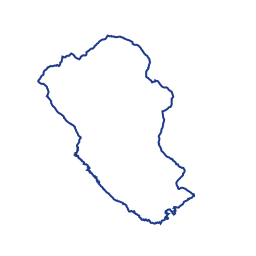 the district of Nucsoara, Arges, Romania, rotated 323°
{"feature_id": "2599482B94508358599951", "entity_name": "Nucsoara", "entity_type": "district", "adm_level": 2, "iso_a3": "ROU", "parent_name": "Romania", "parent_adm1": "Arges", "projection": "albers", "projection_center": [24.784, 45.463], "detail": "fine", "context": "isolated", "style": "outline", "palette": "blue", "viewbox_px": 256, "rotation_deg": 323, "n_neighbors": 0, "source": "geoboundaries", "source_scale": "gbopen_adm2", "svg_char_len": 5762}
<svg xmlns="http://www.w3.org/2000/svg" viewBox="0 0 256 256"><g transform="rotate(323 128 128)"><path d="M140.2,221.5L140.6,220.3L140.0,219.8L139.5,218.9L139.4,217.6L138.2,214.3L137.7,213.5L137.5,211.7L135.9,208.9L134.3,207.6L132.5,207.6L131.8,207.2L131.7,206.2L132.4,205.2L132.4,203.2L133.6,200.8L136.3,199.8L143.6,198.8L144.3,197.6L146.2,197.3L147.8,196.0L148.2,193.2L147.9,192.8L146.9,192.2L146.7,191.1L145.9,190.3L145.6,188.7L146.0,187.1L144.7,186.1L144.7,185.8L145.1,185.2L145.2,184.3L145.0,183.9L145.0,182.7L144.4,181.2L144.7,180.1L144.6,179.4L144.2,179.5L143.6,178.2L143.2,176.4L142.4,175.3L141.6,173.6L141.5,168.8L141.0,166.8L141.1,165.8L141.6,165.2L142.1,163.6L142.4,162.4L142.4,160.9L142.8,159.7L143.3,159.5L143.6,158.6L143.5,158.1L146.0,156.2L147.0,154.9L147.2,153.8L147.6,153.1L148.9,152.4L149.9,152.2L151.7,151.3L152.5,150.8L153.9,149.2L155.7,148.6L159.3,145.2L160.9,144.2L162.1,142.9L162.3,141.2L165.5,135.4L168.2,136.3L170.7,136.5L173.3,136.1L174.6,136.8L176.8,135.7L177.3,135.2L179.1,132.6L179.8,132.2L180.3,131.0L182.9,130.3L184.0,127.5L184.7,125.2L184.1,124.0L183.5,121.7L183.7,120.3L183.2,118.7L182.2,118.2L181.2,117.4L180.1,115.6L179.9,112.8L180.1,109.1L179.7,108.0L178.4,106.9L178.3,106.5L177.6,107.2L175.5,106.1L174.8,106.2L174.6,106.0L174.9,105.1L174.9,103.7L174.7,102.8L174.3,102.1L174.3,100.8L174.0,100.2L174.0,99.6L173.3,98.6L174.0,97.1L176.5,93.9L177.2,93.7L177.8,93.2L178.5,93.3L179.9,92.9L180.3,92.0L181.3,91.8L182.4,90.5L185.3,88.7L185.6,87.3L186.4,86.4L186.4,85.7L186.6,85.1L186.6,84.3L186.4,84.0L186.8,82.1L186.0,80.2L186.0,78.9L185.8,78.1L186.0,76.8L185.9,75.6L186.2,75.2L186.0,74.1L186.3,71.3L186.1,70.4L186.1,69.1L185.3,67.1L183.0,65.2L182.4,63.5L183.3,61.9L181.5,58.2L181.1,58.0L178.9,54.4L178.6,53.7L178.7,53.2L177.0,51.1L177.0,50.6L175.9,49.7L174.4,49.1L173.1,48.1L172.4,47.8L172.0,46.6L170.3,45.4L170.1,44.6L169.6,44.6L168.6,43.7L167.4,42.0L164.0,43.3L162.5,43.0L161.0,42.1L159.7,41.7L158.1,41.8L157.1,41.6L155.1,42.3L153.9,42.0L152.5,42.5L150.8,42.4L150.1,43.0L147.6,43.4L146.2,42.4L142.6,42.7L140.7,42.3L140.4,42.5L139.7,43.6L138.8,44.4L138.2,44.6L137.2,44.1L135.8,42.9L133.3,42.7L132.1,43.5L130.4,43.8L128.9,41.1L128.4,39.2L128.7,38.3L128.4,37.6L128.6,36.7L127.4,34.3L124.3,34.9L123.2,33.9L121.9,33.5L121.0,33.9L120.1,33.6L118.6,31.5L117.9,32.1L117.6,32.9L116.7,33.3L115.0,35.0L113.2,35.0L113.0,35.5L112.0,36.4L110.5,37.0L109.9,36.8L109.7,35.2L108.8,34.9L108.1,35.1L107.2,34.0L105.4,33.5L103.9,32.5L103.4,31.8L102.0,31.9L101.1,31.3L100.1,31.3L99.6,31.9L98.8,31.8L98.1,32.1L96.3,31.9L94.7,32.3L93.6,33.3L93.4,33.8L92.4,34.6L90.5,34.3L87.0,35.8L86.4,35.8L84.5,36.5L84.4,38.0L85.3,40.4L86.2,41.3L87.2,41.9L88.0,46.4L87.4,47.4L87.4,48.5L87.0,49.1L86.4,51.3L84.8,52.5L82.4,53.8L82.8,54.5L82.5,54.7L82.6,55.0L82.5,55.7L82.7,56.2L82.6,56.6L82.8,57.8L82.6,60.2L82.7,60.4L81.7,61.6L81.1,65.2L81.3,65.4L81.3,66.0L81.7,67.1L81.6,67.4L81.7,68.3L81.5,69.4L81.6,69.8L81.4,70.8L81.4,72.7L81.9,74.9L82.4,75.5L83.6,79.7L83.3,81.1L82.9,81.5L83.3,82.9L83.0,84.5L83.7,87.5L84.6,90.1L85.0,90.4L85.0,91.2L85.8,92.6L86.0,93.4L85.9,94.3L86.2,94.9L86.2,95.4L85.8,95.7L85.3,97.6L85.3,98.0L84.7,99.6L84.5,102.4L84.0,103.2L83.9,104.6L84.6,106.8L84.1,107.6L83.0,107.7L81.6,108.4L80.9,109.7L80.6,109.9L76.8,111.1L76.0,112.6L76.5,113.3L76.3,113.7L75.6,113.9L75.5,114.7L74.3,115.0L74.5,115.7L72.7,116.4L72.4,116.8L71.8,116.9L71.2,116.5L71.1,117.3L70.8,117.6L69.4,117.0L69.2,117.2L69.4,117.6L69.3,118.6L69.6,119.0L69.9,118.9L71.3,119.9L71.3,120.4L70.7,120.7L70.9,121.4L70.5,122.1L70.5,122.5L71.0,123.1L71.1,124.8L71.6,125.1L71.6,125.7L71.2,126.7L71.7,127.3L72.2,128.9L72.1,129.3L71.0,130.0L71.7,131.1L72.8,131.8L72.8,132.2L73.1,132.7L73.3,134.1L73.2,134.4L72.6,134.8L73.1,135.3L73.2,136.9L72.4,137.0L71.7,136.4L71.1,136.9L70.2,137.0L70.7,137.6L71.0,138.8L71.5,139.1L71.7,139.5L71.6,140.1L70.8,140.3L70.7,140.6L71.5,141.5L71.7,142.4L71.9,142.7L71.6,143.6L71.9,144.8L71.6,145.6L71.8,146.0L72.6,146.6L72.4,147.1L71.9,147.4L71.8,148.0L72.2,148.4L73.0,148.2L73.2,148.4L72.4,149.3L72.2,149.7L72.3,150.6L71.6,151.0L71.9,151.6L71.1,152.3L71.4,152.7L72.6,153.2L72.4,154.0L71.1,154.6L71.3,155.5L71.2,156.2L71.4,156.7L71.3,158.3L71.8,159.3L71.9,160.5L71.5,161.2L71.9,162.0L71.7,162.6L72.0,163.0L72.2,166.0L72.6,167.7L73.2,168.6L73.2,170.5L73.5,172.9L73.9,174.3L73.8,175.9L74.1,177.1L74.4,177.6L74.7,178.8L75.7,179.4L75.9,180.5L76.7,181.2L78.8,184.8L78.9,185.1L78.4,185.9L79.5,186.7L79.6,187.2L79.9,187.7L80.1,188.9L79.5,190.1L79.5,191.6L79.2,192.8L78.9,193.2L78.9,193.9L78.6,195.2L79.3,196.0L80.6,196.1L81.5,197.9L81.6,198.3L82.2,198.4L82.4,198.0L82.8,198.1L82.8,198.8L82.0,199.6L82.4,200.5L82.4,201.2L83.1,201.9L83.3,203.3L84.1,204.5L84.2,204.8L83.4,205.8L83.5,206.4L84.0,207.4L83.7,207.9L83.8,209.7L84.9,210.0L85.0,210.7L85.6,210.7L85.6,211.7L86.6,212.1L87.3,211.9L87.6,213.8L87.8,214.0L88.5,213.8L89.3,214.0L89.2,215.0L89.4,215.6L89.1,216.3L89.1,217.0L89.3,217.7L90.4,218.3L91.4,220.1L91.9,220.5L92.9,220.4L93.2,221.0L93.5,221.1L94.6,221.0L95.3,222.2L96.5,222.2L96.7,222.8L96.5,223.9L97.9,223.4L99.0,222.5L99.4,222.4L100.8,223.1L101.9,223.4L103.4,222.5L104.6,224.3L105.0,224.5L105.6,224.4L105.8,223.5L105.2,222.1L104.8,221.7L106.1,221.6L107.3,221.1L108.6,221.0L107.9,220.2L108.0,220.0L107.4,219.8L107.0,219.1L107.5,218.9L107.2,218.2L108.0,218.0L108.0,217.5L108.3,217.5L108.4,217.1L109.3,217.3L110.4,217.2L112.4,218.1L112.5,221.5L113.0,221.6L112.7,221.7L112.4,222.4L112.5,224.7L114.2,224.6L114.4,223.8L115.2,222.8L115.6,222.7L116.0,222.9L116.3,222.5L116.9,221.0L116.6,220.5L116.7,219.9L116.5,219.6L117.1,219.6L117.4,219.0L118.3,219.7L119.6,221.3L120.9,222.1L122.2,221.6L123.4,221.8L124.3,221.6L125.6,222.0L128.5,220.6L131.6,221.4L133.8,221.5L133.8,220.9L137.0,222.1L139.2,221.4L139.8,222.0L140.2,221.5Z" fill="none" stroke="#1e3a8a" stroke-width="2"/></g></svg>